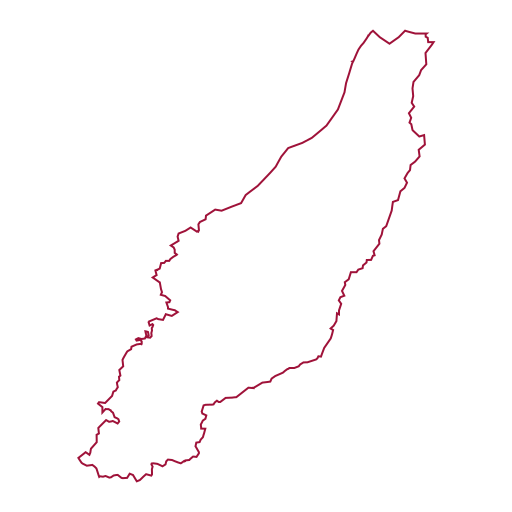 outline of Salayea, Lofa, Liberia
{"feature_id": "62588387B29328841835384", "entity_name": "Salayea", "entity_type": "district", "adm_level": 2, "iso_a3": "LBR", "parent_name": "Liberia", "parent_adm1": "Lofa", "projection": "orthographic", "projection_center": [-9.631, 7.472], "detail": "fine", "context": "isolated", "style": "outline", "palette": "rose", "viewbox_px": 512, "rotation_deg": 0, "n_neighbors": 0, "source": "geoboundaries", "source_scale": "gbopen_adm2", "svg_char_len": 5654}
<svg xmlns="http://www.w3.org/2000/svg" viewBox="0 0 512 512"><path d="M123.1,358.6L122.9,359.1L122.5,359.9L123.2,366.3L119.3,370.0L120.4,375.6L119.0,376.7L119.3,380.1L117.6,381.8L116.9,382.6L117.2,384.6L117.8,387.2L116.6,389.0L115.8,390.5L115.3,390.7L113.4,391.6L112.7,393.8L112.1,395.9L105.3,402.8L105.1,403.0L100.2,402.3L99.0,402.2L98.0,403.6L100.0,405.2L102.4,407.1L102.4,411.8L102.4,412.5L104.5,410.2L105.6,409.0L106.0,409.1L108.6,409.1L109.6,409.9L110.6,410.2L111.2,411.3L113.0,412.7L114.4,416.6L114.6,417.2L117.1,418.3L118.4,419.2L119.2,421.5L117.6,423.5L116.1,422.7L113.0,421.1L112.7,421.0L111.4,421.4L109.1,421.8L106.1,420.1L105.5,420.7L99.5,426.7L98.3,428.0L98.8,432.6L98.9,433.5L96.6,434.8L96.7,439.9L96.7,442.2L91.3,448.3L91.0,448.6L90.8,449.4L90.3,452.7L89.4,454.8L88.8,454.4L87.4,453.4L85.6,452.2L83.9,453.6L78.4,457.9L78.9,458.7L79.3,459.4L81.5,462.7L82.1,463.2L82.8,463.7L86.8,465.7L92.0,465.0L92.3,464.9L94.6,466.6L96.4,468.4L96.9,469.9L98.6,475.2L98.7,475.5L99.2,476.9L100.0,476.3L103.0,476.7L105.5,476.0L106.8,476.5L109.1,477.5L109.3,477.6L111.0,477.3L113.6,475.5L116.3,475.0L117.1,475.0L117.7,474.9L121.5,477.9L122.4,478.1L123.7,478.1L126.7,477.9L127.1,477.9L127.9,476.6L129.7,473.7L130.4,474.0L133.0,475.0L136.3,480.5L136.8,481.3L139.8,480.1L141.9,478.1L143.2,476.8L146.1,474.2L151.3,475.6L152.0,474.4L152.0,472.6L151.9,469.2L152.6,466.6L151.4,464.3L151.4,464.2L151.7,463.5L153.2,463.3L156.3,463.7L157.5,463.9L161.1,465.6L162.5,466.3L165.5,464.4L166.2,461.5L166.2,461.4L167.9,459.6L168.1,459.6L172.0,460.0L173.2,460.5L174.8,461.2L177.2,462.1L177.3,462.2L180.1,463.1L180.5,463.2L180.8,463.3L181.9,462.6L184.1,461.0L184.5,461.4L185.2,461.1L185.5,460.4L189.3,460.0L190.2,459.0L193.0,456.6L193.8,456.6L196.5,456.9L198.9,453.3L198.9,452.2L196.3,447.6L195.5,446.3L196.3,442.6L199.6,442.1L200.7,439.6L202.9,437.2L203.4,435.5L203.7,434.3L203.9,434.0L204.5,431.7L205.3,428.7L201.2,428.6L201.2,428.2L200.8,424.5L202.0,422.3L202.8,420.6L205.4,418.8L206.3,415.4L202.3,413.5L202.1,412.6L201.7,411.6L203.4,406.1L203.6,405.4L205.5,404.8L208.8,404.7L211.7,404.7L213.0,404.5L213.5,404.4L214.8,402.4L216.9,400.7L218.7,402.0L219.9,402.0L220.2,402.0L224.2,399.0L225.6,397.9L232.5,397.6L232.9,397.5L234.7,397.3L236.3,397.2L248.4,387.7L248.5,387.7L253.4,388.1L253.3,387.8L253.6,387.8L255.9,386.5L262.4,382.6L266.7,382.1L270.3,381.6L271.6,378.6L275.3,376.0L280.8,373.6L283.0,372.6L284.9,370.9L287.5,369.0L288.5,368.8L289.3,368.0L290.8,368.0L294.3,368.0L298.7,366.3L300.2,364.4L302.2,363.2L303.3,362.5L303.5,362.4L304.1,362.4L307.4,362.3L311.7,360.9L316.0,359.5L316.2,359.4L317.4,358.3L318.4,356.3L321.0,356.6L321.9,354.0L324.2,347.9L330.7,338.5L331.5,336.1L332.2,333.7L333.1,330.0L331.0,328.8L330.6,328.5L333.7,325.7L336.4,321.1L337.0,313.3L339.0,314.4L339.0,310.3L339.3,309.5L341.2,303.8L338.8,300.4L340.4,297.2L344.3,295.7L342.0,290.9L344.8,285.9L345.3,284.9L344.8,282.2L348.7,279.3L350.9,272.2L356.5,272.2L358.3,269.6L362.6,268.2L363.0,265.4L366.5,262.5L366.8,260.0L371.1,259.9L372.9,255.8L374.6,255.3L373.5,251.2L379.4,243.7L379.0,240.1L381.7,234.6L382.9,228.8L386.2,226.2L386.6,225.1L391.7,210.6L392.3,206.0L392.9,201.9L398.0,200.1L400.4,191.3L404.5,187.9L407.0,182.7L404.5,178.4L407.6,173.0L410.0,170.1L410.6,165.0L415.1,161.6L419.6,156.4L418.7,149.8L424.9,144.6L424.1,135.1L419.3,136.5L412.8,130.4L412.5,130.0L411.3,124.2L409.5,122.6L411.2,117.8L408.9,113.2L414.2,106.6L411.7,102.8L413.2,96.1L412.5,88.4L413.5,81.9L419.2,75.2L421.1,70.1L426.3,64.3L425.5,53.0L431.8,44.8L433.6,42.1L428.2,42.1L427.7,37.8L425.7,36.7L425.6,34.3L426.6,33.5L415.2,33.5L409.1,31.9L405.6,30.9L405.1,30.7L398.7,37.2L393.3,41.0L389.5,43.7L379.8,37.2L373.0,30.8L371.0,32.4L370.6,32.8L368.4,35.8L368.2,35.7L367.9,36.4L366.6,38.5L363.5,43.0L361.0,45.8L358.5,49.5L356.7,53.4L354.7,58.1L353.3,61.2L352.4,61.5L352.9,61.9L352.1,63.6L349.7,71.5L349.3,72.9L346.1,83.0L345.0,89.3L344.5,92.3L341.7,99.6L337.9,109.5L326.4,125.7L325.4,126.5L322.0,129.4L317.1,133.5L312.5,137.3L311.9,137.8L302.3,142.9L288.3,148.0L287.9,148.4L286.4,150.3L281.3,156.6L278.5,161.6L275.7,166.7L270.2,172.8L257.7,185.9L250.0,191.7L245.7,195.0L241.1,203.1L231.6,206.7L221.6,210.7L215.2,209.6L208.8,213.8L206.0,215.6L205.9,216.7L205.6,219.3L202.0,221.0L199.9,222.0L198.4,224.3L198.9,229.7L198.9,230.4L198.6,230.7L198.3,231.5L197.8,231.1L197.0,231.7L190.6,227.5L186.2,230.3L185.2,230.9L178.6,233.5L177.6,236.6L178.2,239.1L178.6,240.8L172.0,244.8L170.8,245.5L173.0,247.0L173.7,247.5L174.7,249.7L174.7,250.8L174.7,252.9L176.1,254.0L176.7,254.4L176.4,254.6L176.5,255.0L173.3,256.8L170.4,259.0L169.2,260.9L166.3,260.9L165.8,260.9L165.4,261.5L164.2,262.9L162.8,263.0L161.1,263.1L160.9,264.0L159.7,268.6L157.7,269.5L157.4,270.0L156.9,269.8L155.4,270.4L155.9,272.4L156.6,275.1L154.1,276.6L152.7,277.5L159.5,282.3L159.8,282.4L161.0,289.1L162.0,292.2L161.0,294.3L160.9,294.5L160.8,294.8L165.2,296.0L166.1,296.8L168.9,299.2L170.2,300.3L169.4,302.2L166.4,302.5L168.0,307.1L168.0,307.7L168.0,308.6L172.8,309.8L174.8,310.2L176.1,311.1L177.7,312.1L171.8,315.9L169.9,315.4L165.8,314.2L165.6,314.7L163.0,319.9L158.1,319.1L156.6,318.3L149.7,321.2L149.2,321.4L149.2,321.6L148.6,322.2L149.6,325.5L152.4,324.1L153.2,325.0L152.5,327.0L151.8,328.0L151.8,328.8L152.0,330.5L151.3,333.1L151.5,334.4L151.6,336.1L150.1,337.7L147.2,337.3L147.7,336.7L148.7,335.4L148.3,333.5L148.0,332.0L146.9,331.6L145.4,331.3L145.7,332.8L146.4,335.5L144.9,338.5L141.5,339.0L138.4,338.1L137.4,338.6L135.9,339.4L136.6,340.6L140.3,339.9L141.1,340.2L141.1,340.8L141.7,341.5L141.7,343.7L141.1,343.8L141.1,344.1L140.5,343.9L136.8,344.4L131.5,346.7L131.1,349.2L127.4,351.3L126.7,352.3L124.2,356.6L123.1,358.6Z" fill="none" stroke="#9f1239" stroke-width="2"/></svg>